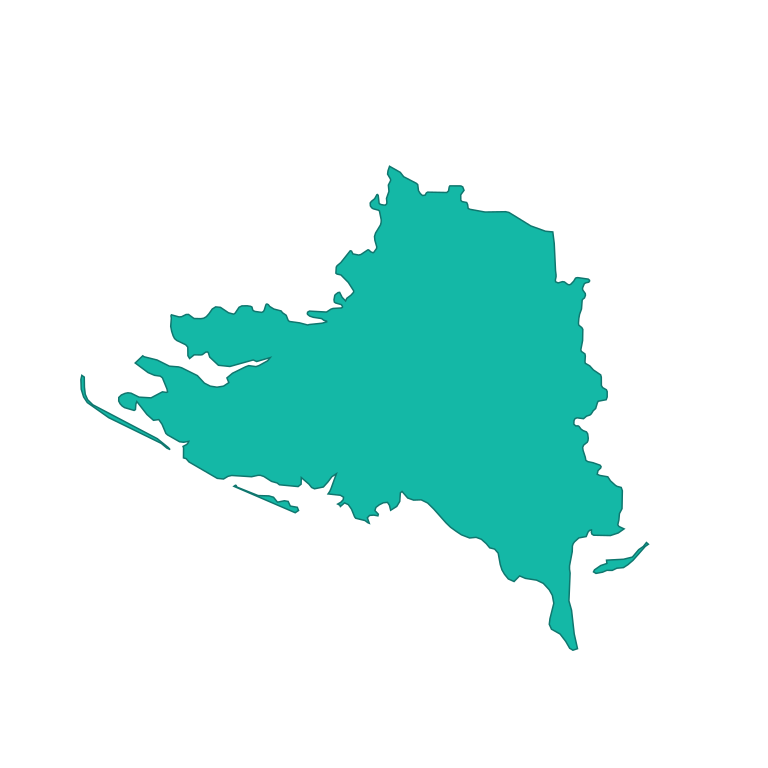 the state/province of Kherson, rotated 14°
{"feature_id": "UKR-4827", "entity_name": "Kherson", "entity_type": "state/province", "adm_level": 1, "iso_a3": "UKR", "parent_name": "Ukraine", "parent_adm1": "", "projection": "mercator", "projection_center": [33.493, 46.65], "detail": "fine", "context": "isolated", "style": "filled", "palette": "teal", "viewbox_px": 768, "rotation_deg": 14, "n_neighbors": 0, "source": "natural_earth", "source_scale": "10m", "svg_char_len": 6166}
<svg xmlns="http://www.w3.org/2000/svg" viewBox="0 0 768 768"><g transform="rotate(14 384 384)"><path d="M635.8,594.0L631.7,596.6L628.1,595.5L622.6,589.8L615.3,584.0L605.8,581.4L602.5,577.2L601.8,571.5L601.8,555.7L598.5,548.4L594.1,543.7L586.8,538.9L579.5,537.4L568.2,538.4L562.0,537.4L558.0,544.2L551.8,543.1L547.0,539.5L543.4,535.8L540.5,531.1L535.7,520.5L531.3,517.4L526.2,517.4L521.9,514.2L516.0,511.1L510.5,510.5L504.3,512.7L495.6,511.6L489.7,509.5L483.2,506.9L477.7,503.7L462.4,493.2L455.1,488.9L448.1,487.4L440.8,489.5L434.6,488.9L427.5,483.9L426.2,485.7L427.7,494.1L426.0,499.7L421.0,504.9L418.6,500.4L416.0,498.0L412.1,499.4L408.7,502.3L406.0,505.7L405.8,509.0L410.0,511.7L410.0,513.4L405.8,513.7L401.8,515.0L400.2,517.8L403.4,522.7L401.9,522.5L398.6,521.1L389.0,521.1L387.6,520.0L382.8,513.4L378.6,509.7L374.5,508.9L371.3,513.4L370.5,512.3L368.1,511.7L370.7,509.2L372.4,506.1L372.1,503.6L368.6,502.5L356.3,504.2L357.4,501.2L357.9,498.3L359.5,482.6L355.8,486.6L353.2,492.8L350.1,498.6L341.9,502.5L338.8,501.9L335.5,499.4L326.4,494.8L327.8,501.3L325.5,504.3L306.9,507.1L304.3,505.9L298.4,505.7L289.8,502.8L286.1,502.5L283.8,503.1L278.0,506.0L258.3,509.6L255.0,511.3L251.3,515.0L245.0,515.9L213.6,506.8L210.1,504.3L207.3,504.2L205.0,494.6L204.1,493.2L207.1,490.5L208.0,489.1L208.4,486.9L203.7,489.0L199.6,489.5L186.4,485.8L184.3,484.7L178.4,476.8L174.1,473.0L169.1,475.0L161.3,470.9L148.4,460.8L148.1,463.4L149.0,469.0L147.9,470.1L138.0,469.7L135.2,468.7L132.8,467.1L130.7,464.7L129.9,461.2L131.8,458.2L134.9,455.8L137.6,454.5L140.8,454.1L149.5,456.0L161.3,453.8L170.9,445.2L174.9,444.8L175.9,444.1L174.6,441.3L167.5,431.6L165.0,430.5L159.2,431.1L152.3,430.0L137.5,423.8L143.1,415.0L144.6,415.6L158.0,415.6L171.5,418.6L180.5,417.1L183.7,417.2L200.9,421.0L209.5,426.6L215.9,428.1L222.7,427.5L228.8,424.9L233.1,420.2L230.1,416.1L234.4,410.2L245.4,400.9L248.3,398.9L255.6,398.1L258.3,396.3L265.4,389.7L267.2,385.9L255.0,393.0L251.3,392.3L230.2,404.3L218.8,405.9L208.4,400.1L206.0,396.2L205.1,395.6L203.3,396.2L200.7,399.4L199.3,400.1L192.8,401.6L189.2,406.3L186.9,404.0L184.7,395.7L182.1,393.9L172.4,391.9L169.8,390.6L167.7,388.2L165.2,384.2L163.1,379.7L161.7,371.5L160.8,369.4L161.0,368.3L168.9,368.5L171.3,367.7L175.2,364.4L177.5,363.8L183.8,366.4L190.5,364.9L193.1,363.8L195.3,361.7L197.2,358.1L199.2,352.8L202.0,349.9L206.8,349.2L215.9,352.5L221.2,352.6L222.4,351.3L224.8,344.6L227.2,342.6L232.4,341.2L235.8,340.9L237.3,341.3L238.7,343.9L239.7,344.5L241.3,344.8L248.0,344.1L249.3,343.0L249.9,341.5L250.2,336.0L250.5,335.0L251.1,334.7L252.6,335.0L254.3,336.4L259.0,337.9L266.5,338.0L268.3,339.4L272.5,341.0L275.5,345.3L277.1,346.2L287.2,345.1L295.8,345.2L297.0,344.4L309.2,340.0L313.4,337.5L313.1,336.9L310.1,336.7L307.6,335.6L299.2,336.4L295.5,336.1L293.1,335.0L292.6,334.4L292.5,332.8L294.0,331.3L310.8,328.1L314.3,324.3L316.3,323.0L324.3,320.5L325.1,319.6L324.9,318.8L323.5,317.3L317.4,317.1L316.0,316.5L315.1,314.4L314.8,310.2L315.1,309.1L317.3,306.4L318.8,305.8L322.4,310.0L326.6,312.7L327.2,309.8L330.4,305.9L332.3,302.3L332.0,300.9L324.8,294.1L315.8,288.6L311.8,288.7L310.5,288.1L309.4,282.1L309.9,280.5L312.7,276.7L319.0,262.9L320.3,262.9L322.4,265.3L328.3,265.0L330.3,263.9L335.8,257.8L336.7,257.6L339.4,259.0L341.6,259.3L342.2,258.8L344.0,254.3L343.8,252.7L340.4,246.8L339.1,243.2L339.3,239.5L342.1,230.5L342.1,227.8L341.6,225.4L337.7,217.2L336.4,216.7L331.1,216.6L329.4,216.0L327.7,214.5L326.8,211.7L327.6,209.8L330.1,206.5L331.3,202.0L331.9,201.7L332.8,202.5L335.5,209.7L336.0,210.2L337.7,210.6L340.7,210.4L342.1,210.0L343.0,208.5L342.8,206.9L341.5,203.3L342.2,195.9L340.1,189.9L341.2,185.1L340.8,183.7L336.7,179.5L336.3,176.2L336.7,171.4L348.6,174.7L352.9,178.1L367.0,181.5L368.5,182.4L370.7,188.1L373.2,190.5L375.8,191.8L378.2,190.8L378.9,188.3L379.9,187.3L398.6,183.0L399.9,181.1L399.6,177.0L400.0,175.8L410.7,173.2L412.7,173.7L414.8,176.7L412.7,181.9L414.1,187.2L415.7,188.1L420.3,187.9L421.7,189.6L423.2,193.3L425.1,193.7L440.4,192.7L460.3,187.4L463.7,187.3L488.2,195.1L503.7,196.7L511.0,195.6L515.2,206.5L523.0,232.5L524.5,236.4L525.0,238.3L525.1,241.7L525.8,243.3L528.5,243.8L532.4,241.5L534.4,241.3L538.3,243.0L540.0,242.9L541.1,242.0L543.2,238.3L544.2,235.0L544.8,234.5L546.2,233.9L556.8,232.8L558.3,233.6L558.6,234.3L558.0,235.7L555.2,237.1L554.1,238.3L553.4,242.9L554.1,244.7L557.4,247.5L558.0,249.2L557.7,252.0L556.6,253.3L556.0,254.7L557.5,263.5L556.9,269.1L557.2,273.4L558.0,278.1L558.8,279.8L562.3,281.4L563.7,282.9L566.2,293.8L566.7,303.2L567.6,304.6L571.7,306.2L572.6,308.2L573.6,313.7L574.3,315.2L579.2,316.6L583.8,319.7L592.0,322.7L593.2,324.8L595.3,332.9L597.0,334.6L601.2,335.8L602.4,337.4L603.7,342.6L603.4,345.5L596.0,348.9L595.6,350.5L595.3,356.6L593.5,359.3L592.3,362.9L591.4,364.2L588.3,366.2L586.0,369.4L579.5,370.1L577.7,371.4L577.2,373.6L577.9,377.0L580.1,378.3L582.5,377.7L583.5,378.0L586.1,380.1L588.4,381.0L592.0,381.5L593.7,383.1L595.3,387.2L595.6,389.6L595.3,391.3L592.5,395.0L592.1,397.5L593.2,400.2L597.0,406.3L598.3,409.2L600.5,410.0L605.9,409.8L613.3,410.5L614.6,411.6L614.6,413.0L612.6,416.3L612.7,420.0L615.4,420.5L623.6,419.9L627.2,423.2L633.0,426.3L634.7,426.9L639.2,427.0L641.1,429.9L645.1,447.4L643.8,452.8L644.8,459.1L644.9,464.0L646.4,465.4L652.0,466.5L647.3,471.9L640.3,476.3L624.0,480.0L622.1,479.4L621.2,478.0L620.6,475.4L618.9,476.3L617.8,478.3L617.1,483.1L610.3,486.2L607.0,491.1L606.2,493.2L606.0,495.6L607.2,501.1L608.0,515.5L608.8,518.8L610.3,522.4L615.9,549.7L620.7,558.1L629.0,580.4L635.8,594.0ZM679.3,475.5L676.8,478.4L668.3,494.8L664.4,500.3L660.8,504.2L654.5,506.4L650.6,509.6L645.3,510.9L641.6,513.7L635.5,516.5L632.7,515.6L633.2,513.4L638.2,507.7L643.7,504.2L642.5,501.1L658.8,496.1L666.9,491.8L671.2,483.1L674.9,478.9L677.0,474.3L679.3,475.5ZM106.5,474.6L177.3,491.9L190.2,497.9L192.3,499.4L188.8,498.7L182.2,495.5L125.1,483.3L100.6,473.8L95.7,469.3L91.5,462.4L88.8,452.9L88.7,448.7L91.5,449.8L94.1,459.5L96.6,466.2L100.2,470.9L106.5,474.6ZM319.4,521.1L322.6,525.1L329.7,524.6L331.7,527.4L329.0,530.4L263.1,519.6L264.3,518.2L265.0,518.2L266.3,519.6L288.8,522.7L299.5,520.4L304.2,520.6L309.2,524.4L315.6,521.4L319.4,521.1Z" fill="#14b8a6" stroke="#0f766e" stroke-width="1.5"/></g></svg>